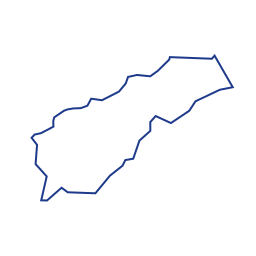 Richmond, Virginia, United States of America (orthographic projection), rotated 105°
{"feature_id": "52423323B34545641874308", "entity_name": "Richmond", "entity_type": "district", "adm_level": 2, "iso_a3": "USA", "parent_name": "United States of America", "parent_adm1": "Virginia", "projection": "orthographic", "projection_center": [-76.731, 37.958], "detail": "fine", "context": "isolated", "style": "outline", "palette": "blue", "viewbox_px": 256, "rotation_deg": 105, "n_neighbors": 0, "source": "geoboundaries", "source_scale": "gbopen_adm2", "svg_char_len": 683}
<svg xmlns="http://www.w3.org/2000/svg" viewBox="0 0 256 256"><g transform="rotate(105 128 128)"><path d="M35.7,63.1L39.4,64.9L48.7,105.9L51.3,105.9L65.2,114.1L72.3,119.9L74.5,133.2L78.7,141.2L85.5,141.7L95.1,146.1L107.9,160.3L109.2,171.1L117.0,173.0L121.0,178.7L123.3,186.0L125.8,191.4L128.0,194.4L136.8,202.0L140.6,202.0L146.0,200.4L155.5,210.7L158.5,216.5L162.4,218.6L167.8,211.5L186.8,207.9L195.8,194.0L220.3,193.1L219.0,187.5L202.9,176.7L205.7,169.6L199.5,142.6L178.7,133.1L165.8,123.5L159.7,122.3L156.3,115.0L137.2,113.7L125.0,105.7L116.5,108.0L109.3,104.4L112.1,87.8L95.5,73.3L84.7,69.7L67.3,49.2L61.5,37.4L35.7,63.1Z" fill="none" stroke="#1e3a8a" stroke-width="2"/></g></svg>